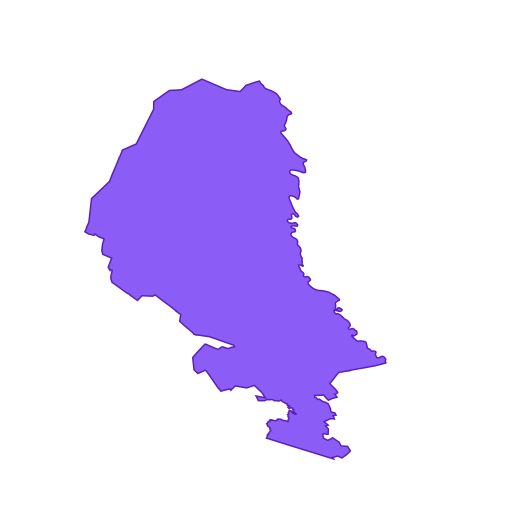 Zvārtavas pag., Valkas, Latvia (Robinson projection), rotated 27°
{"feature_id": "27541924B49399924673855", "entity_name": "Zvārtavas pag.", "entity_type": "district", "adm_level": 2, "iso_a3": "LVA", "parent_name": "Latvia", "parent_adm1": "Valkas", "projection": "robinson", "projection_center": [26.269, 57.593], "detail": "fine", "context": "isolated", "style": "filled", "palette": "violet", "viewbox_px": 512, "rotation_deg": 27, "n_neighbors": 0, "source": "geoboundaries", "source_scale": "gbopen_adm2", "svg_char_len": 6138}
<svg xmlns="http://www.w3.org/2000/svg" viewBox="0 0 512 512"><g transform="rotate(27 256 256)"><path d="M348.0,413.5L373.1,409.3L417.3,401.6L415.8,400.6L419.6,397.2L424.1,397.0L424.4,396.5L426.9,392.0L428.6,386.8L424.0,384.0L418.0,386.7L415.0,384.5L414.9,384.2L406.8,383.2L404.8,386.2L403.4,387.8L401.5,387.6L399.7,387.9L397.5,386.3L396.4,384.4L397.1,384.1L397.9,383.0L400.1,382.7L401.2,382.1L399.0,377.3L395.1,375.8L397.1,373.9L391.9,372.7L396.3,367.0L399.9,365.6L397.2,363.2L399.6,361.4L397.3,359.9L394.5,360.9L392.6,360.0L392.0,358.5L387.2,354.7L385.7,355.0L384.8,354.7L381.6,355.3L377.3,354.8L376.4,355.6L375.2,355.6L373.8,354.9L372.4,355.1L371.6,353.6L379.5,349.2L382.2,350.4L385.7,351.6L386.1,351.5L388.2,348.8L392.3,345.0L388.8,343.3L389.9,342.6L390.8,340.8L390.7,340.3L386.5,338.4L379.7,336.3L382.5,322.3L388.7,317.6L391.4,315.9L391.2,315.5L411.9,299.8L420.1,292.5L420.3,292.2L419.3,291.5L418.8,290.7L418.7,289.4L418.5,289.1L417.6,288.5L415.6,287.8L414.3,287.9L413.3,288.6L411.7,291.0L411.0,291.4L409.9,291.7L408.8,291.0L407.1,289.6L406.8,288.6L406.6,287.2L406.0,286.9L405.1,286.8L402.1,288.4L400.1,287.5L397.2,287.6L393.9,283.6L393.1,283.0L391.8,282.8L390.3,283.2L389.7,283.6L388.0,284.1L384.9,285.9L380.0,284.7L378.0,284.0L377.3,283.3L377.7,282.7L379.3,282.9L380.0,282.2L381.3,279.9L381.0,278.9L380.7,278.3L379.6,277.2L377.4,277.1L376.5,276.6L375.0,276.7L374.3,277.1L373.0,278.7L371.9,278.9L371.3,278.6L371.0,277.9L371.6,275.7L371.3,274.7L369.9,273.3L368.8,272.8L366.6,272.0L363.3,271.9L360.5,270.9L357.3,270.2L355.0,270.3L354.4,270.5L353.7,271.3L351.6,270.8L351.3,270.2L350.1,269.1L350.1,268.6L355.6,267.5L356.7,266.7L357.3,265.4L357.1,264.8L356.3,264.4L354.0,264.3L352.5,265.1L352.4,265.6L352.6,266.6L352.3,267.0L351.7,267.1L350.7,266.8L349.4,263.8L348.2,262.2L348.0,261.5L349.1,259.2L350.3,257.7L350.2,257.1L349.9,256.8L344.3,255.3L337.3,255.2L334.2,255.8L330.3,257.0L327.4,258.3L325.3,258.8L322.5,259.0L320.1,258.7L316.4,257.7L315.1,257.1L314.6,256.5L314.3,255.5L315.2,253.6L315.4,252.7L315.1,252.1L314.8,251.8L312.4,250.9L311.7,250.9L310.7,251.2L309.8,252.1L309.2,252.4L308.1,252.5L307.4,252.3L307.0,251.7L306.9,250.4L306.3,249.8L305.0,249.3L303.9,249.2L302.3,248.6L301.2,247.7L300.8,247.0L298.8,245.8L298.1,244.8L298.8,244.1L300.2,243.8L302.1,244.0L302.4,243.9L302.6,243.3L302.2,243.0L301.0,242.5L300.5,242.0L300.0,240.4L298.9,239.0L298.0,236.8L296.5,236.0L294.7,234.5L294.2,233.4L293.9,231.2L292.5,229.2L290.9,228.1L288.1,227.3L287.5,226.6L286.7,224.4L285.1,222.9L283.3,222.5L280.8,222.7L279.0,222.2L277.3,221.1L277.1,220.0L277.2,219.1L277.9,218.0L279.6,216.9L279.8,216.1L279.7,215.6L278.8,214.5L278.2,214.2L277.3,214.2L274.9,214.8L274.2,214.5L273.9,213.9L274.3,213.1L275.4,212.2L279.1,210.8L279.2,210.1L279.0,209.4L277.0,208.5L276.0,208.5L275.0,208.9L273.7,210.4L270.5,211.3L268.9,211.1L267.9,210.3L267.7,209.7L268.0,208.9L268.7,208.2L270.4,207.4L270.8,206.4L270.3,205.0L269.0,203.6L268.8,203.0L269.0,202.2L269.9,201.6L271.1,201.4L273.0,202.5L274.0,202.7L275.4,202.4L276.0,201.5L275.8,201.1L273.7,199.6L271.4,199.2L268.3,197.1L265.4,194.9L262.9,192.5L260.5,190.7L258.9,189.0L258.6,187.9L258.8,187.1L260.4,186.1L263.9,185.7L266.9,186.6L267.6,186.2L267.9,185.6L266.1,179.0L262.5,175.0L260.4,170.1L258.6,167.6L257.6,167.0L254.5,166.8L252.1,167.2L249.9,167.2L248.5,166.6L247.7,165.8L247.6,164.9L247.8,164.0L248.2,163.4L249.4,162.7L255.3,160.9L259.8,160.4L260.9,160.0L262.0,159.2L261.7,158.0L259.4,155.0L256.8,153.0L255.8,152.0L255.8,151.0L257.7,148.4L257.5,147.5L256.5,147.3L253.6,147.9L250.4,147.8L243.5,146.5L241.3,145.4L237.7,142.9L236.6,141.9L232.0,139.1L222.3,135.0L222.0,134.7L221.7,133.6L224.5,131.4L225.2,129.7L225.1,129.3L224.7,128.8L222.2,127.4L221.8,124.9L222.0,124.0L221.6,121.5L220.8,118.6L220.3,117.5L220.8,115.8L221.5,114.7L222.7,113.7L223.0,112.9L222.2,112.1L221.4,111.7L219.0,111.5L216.3,110.7L213.5,110.1L210.5,109.9L208.9,109.4L207.4,108.3L206.6,107.3L206.4,105.0L202.2,102.8L200.3,102.1L196.4,101.8L188.5,102.5L186.6,102.0L185.3,100.9L182.0,100.1L180.4,99.2L179.7,98.5L175.0,102.9L170.1,108.1L169.7,108.2L168.2,113.6L167.1,116.7L154.2,121.2L127.5,123.0L114.1,141.8L103.7,147.8L94.8,164.7L98.2,171.8L98.4,210.6L88.8,222.4L89.3,225.5L89.3,226.5L89.6,229.7L89.4,230.0L90.2,238.2L90.9,249.6L91.0,249.6L91.6,256.1L83.4,279.5L91.8,301.9L92.0,307.6L92.5,308.2L92.5,312.1L96.9,312.4L102.3,311.1L102.3,309.6L107.6,310.3L112.8,309.7L113.9,315.1L116.1,321.1L118.7,324.1L128.3,323.4L129.4,333.1L132.1,334.9L131.9,334.3L134.3,334.0L136.3,341.0L137.6,342.8L139.7,344.8L158.7,347.7L159.3,347.5L160.1,347.5L161.3,348.0L170.6,349.4L172.4,343.2L182.2,338.7L183.9,336.4L195.3,338.6L200.7,339.4L210.4,341.3L210.2,341.5L215.6,342.4L217.6,348.8L224.0,350.6L234.3,352.9L236.1,353.9L238.9,353.5L238.9,353.3L240.7,352.6L251.3,349.0L276.6,345.6L278.1,346.7L275.2,348.7L274.2,350.2L273.2,351.1L271.1,351.6L268.3,351.9L267.0,352.4L266.3,353.1L265.1,355.8L264.1,356.4L262.7,356.7L251.3,357.4L250.5,357.8L247.4,368.4L245.7,375.2L252.4,385.5L257.2,387.0L257.6,387.1L262.6,380.9L263.8,380.9L282.6,391.0L282.8,390.8L286.1,392.4L293.0,386.2L294.5,387.1L296.5,381.2L307.5,377.8L313.2,372.1L323.0,374.9L328.6,378.1L319.6,380.7L323.8,383.8L328.7,381.4L329.5,380.9L331.0,378.9L332.9,378.2L335.0,376.8L336.6,376.4L338.0,376.7L338.6,376.2L342.3,374.8L343.8,373.0L344.3,373.4L346.8,373.8L350.6,373.8L351.3,373.5L351.6,374.8L353.6,374.5L353.1,375.2L353.1,376.3L354.9,377.0L355.4,376.3L355.2,375.5L357.9,375.0L358.3,376.0L359.5,376.1L359.3,377.2L360.6,377.8L363.5,378.6L362.9,379.3L359.0,379.1L358.8,378.4L357.6,378.1L356.5,378.2L355.7,379.1L356.2,379.8L356.0,381.1L356.8,382.0L356.2,382.9L357.1,383.5L357.5,384.7L358.3,384.6L359.1,385.6L358.8,386.5L359.7,389.1L357.8,389.2L354.7,390.2L352.2,390.2L349.8,391.2L349.2,391.7L349.7,392.2L348.1,393.9L347.1,394.4L344.7,394.8L343.1,395.4L343.8,396.1L342.8,396.7L342.4,397.8L342.0,398.5L341.9,399.0L342.1,399.7L341.7,400.6L342.6,400.9L342.8,401.6L343.3,402.1L346.7,402.8L346.8,403.0L346.7,403.6L347.0,404.1L348.4,404.9L348.4,405.6L347.8,406.9L348.0,407.8L347.6,408.7L348.2,409.4L347.3,410.2L347.7,410.8L347.8,411.7L348.1,412.0L348.0,413.5Z" fill="#8b5cf6" stroke="#5b21b6" stroke-width="1.5"/></g></svg>